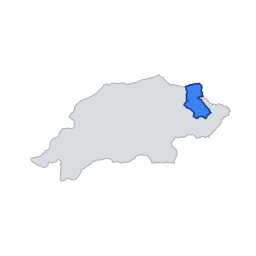 Hovd highlighted on a map of Mongolia, rotated 160°
{"feature_id": "MNG-3320", "entity_name": "Hovd", "entity_type": "Province", "adm_level": 1, "iso_a3": "MNG", "parent_name": "Mongolia", "parent_adm1": "", "projection": "mercator", "projection_center": [92.143, 46.988], "detail": "fine", "context": "in_parent", "style": "filled", "palette": "blue", "viewbox_px": 256, "rotation_deg": 160, "n_neighbors": 0, "source": "natural_earth", "source_scale": "10m", "svg_char_len": 6427}
<svg xmlns="http://www.w3.org/2000/svg" viewBox="0 0 256 256"><g transform="rotate(160 128 128)"><path d="M26.4,108.5L27.2,108.5L28.3,107.6L28.5,106.4L28.8,105.7L31.6,105.4L32.9,105.8L33.1,105.0L33.3,104.9L34.0,105.5L34.7,105.2L35.1,104.9L35.5,104.0L36.5,104.2L38.1,103.1L38.0,101.3L38.7,100.8L40.2,100.5L40.3,99.7L40.6,99.4L41.7,99.2L43.6,98.2L44.5,98.1L45.1,97.3L46.8,96.2L49.3,95.7L49.5,95.2L51.8,93.4L54.2,93.4L54.9,91.9L55.2,91.7L57.0,93.5L57.7,93.3L57.9,92.6L59.0,92.6L59.4,93.8L60.0,94.3L67.3,94.8L67.5,95.3L67.9,98.1L69.3,99.5L69.6,100.1L71.6,99.9L72.7,101.0L74.5,100.9L75.3,101.2L77.0,100.2L77.4,100.2L78.0,100.7L78.8,100.3L80.4,101.3L81.6,101.1L82.2,101.5L82.9,101.2L84.6,101.5L86.0,103.0L87.0,102.9L88.2,101.9L88.5,101.2L90.1,100.9L91.1,100.2L91.7,99.6L92.7,97.3L92.8,95.0L92.0,94.7L91.3,93.9L90.8,92.7L90.8,91.8L90.0,90.5L90.0,89.8L90.5,88.7L90.7,86.8L91.3,85.8L92.5,85.2L92.6,84.5L93.3,83.1L95.1,82.2L96.2,80.6L96.7,79.0L97.6,79.8L100.0,81.0L102.0,81.5L103.3,82.7L106.7,83.0L112.5,85.8L113.7,85.6L117.2,86.8L117.4,87.2L117.4,89.3L117.7,89.8L117.8,92.1L118.5,93.2L118.3,94.5L118.6,94.9L119.4,95.1L120.8,96.5L123.8,97.5L124.7,98.4L126.8,99.0L127.9,98.6L129.6,98.8L130.3,98.7L131.4,97.6L132.1,97.3L136.1,96.5L137.2,95.8L137.9,95.6L141.0,96.3L143.2,97.3L146.3,97.2L147.8,98.4L148.4,99.5L149.7,100.4L154.0,100.9L154.2,101.1L154.1,103.4L154.3,103.7L157.1,106.3L158.4,107.0L162.4,106.9L168.5,108.5L169.9,108.0L171.2,108.8L171.7,108.7L175.7,106.7L176.3,106.8L180.4,106.0L183.0,104.9L185.0,105.0L186.6,104.1L187.3,102.3L189.9,100.3L194.5,97.6L197.3,98.0L199.0,99.0L200.7,100.8L201.7,101.4L203.5,101.5L206.1,100.2L207.5,100.6L208.8,101.1L209.6,102.1L205.5,111.7L205.4,112.2L204.1,114.2L203.9,117.3L202.3,118.4L202.5,120.2L202.9,120.9L204.6,122.6L205.2,122.4L205.8,121.7L206.8,121.0L208.5,121.2L210.1,120.9L212.1,121.5L213.9,123.0L216.5,119.8L218.9,119.4L221.1,119.8L222.8,122.0L224.8,123.0L225.4,124.2L226.2,124.7L226.4,125.2L228.8,127.7L229.3,129.3L230.0,130.4L230.0,131.6L229.8,132.1L228.8,132.7L225.3,132.4L223.3,131.3L222.6,131.9L219.9,131.7L218.4,132.2L217.4,132.6L216.8,133.4L216.3,133.5L215.9,133.5L215.1,132.9L214.4,132.9L214.2,133.1L213.7,135.0L211.5,135.0L210.7,134.7L208.9,135.6L208.6,136.4L207.6,137.4L206.6,139.3L206.8,140.2L206.5,140.7L204.9,141.7L203.3,143.2L200.0,143.8L198.4,143.9L197.3,143.6L196.1,143.8L195.3,145.5L193.1,147.6L190.0,149.6L184.4,148.4L183.7,148.1L182.5,146.8L179.3,146.8L178.3,147.6L177.5,148.9L176.1,153.0L177.4,155.3L178.9,156.8L179.5,157.9L179.5,158.8L178.5,159.2L177.0,160.7L173.6,162.0L169.8,167.0L163.0,169.8L158.9,170.0L155.6,169.8L146.7,171.1L141.0,173.7L136.7,175.8L135.8,176.9L135.4,177.0L134.6,176.6L132.3,176.5L132.3,174.7L127.3,175.7L123.3,173.6L117.4,172.2L116.3,171.8L114.3,169.3L113.2,169.0L110.7,168.9L103.7,167.8L100.4,168.7L86.0,166.8L80.8,167.4L80.6,167.2L80.3,165.6L77.8,163.2L77.5,162.6L77.4,161.7L75.4,156.7L74.1,155.9L74.3,153.8L72.3,154.0L70.2,153.1L68.0,151.6L66.9,150.5L65.4,150.3L63.5,148.2L62.6,147.8L58.0,147.0L55.7,147.3L53.2,146.7L50.4,146.7L49.4,146.2L48.6,146.3L47.0,145.4L45.9,145.6L44.5,142.6L44.8,140.7L45.4,139.6L46.7,138.0L46.6,137.3L46.1,135.8L46.8,133.1L46.6,131.4L45.8,129.5L44.8,129.0L43.5,126.4L43.0,124.4L42.4,122.9L41.0,122.1L40.5,120.8L40.0,120.8L39.7,121.2L38.9,121.3L38.0,120.5L37.5,119.6L37.0,119.4L36.1,119.4L35.2,119.9L34.3,119.7L33.4,118.8L31.3,117.6L31.2,116.7L30.9,116.0L30.2,115.8L29.6,115.2L27.5,114.4L27.4,113.9L28.0,112.9L26.5,112.1L26.0,111.3L26.8,110.1L26.4,109.3L26.4,108.5Z" fill="#d9dde1" stroke="#a8b0b8" stroke-width="1"/><path d="M46.0,145.7L45.8,145.7L45.7,145.4L45.8,145.3L45.8,145.2L45.7,144.9L45.4,144.7L45.3,144.3L45.2,144.1L45.1,143.8L45.1,143.6L45.0,143.4L44.6,143.1L44.4,142.9L44.7,140.8L44.8,140.6L46.1,138.8L46.5,138.4L46.7,138.1L46.7,137.7L46.6,137.3L46.5,137.0L46.3,136.8L46.0,135.7L46.1,135.4L46.2,135.1L46.5,134.5L46.6,134.3L46.7,133.9L46.9,133.4L46.9,133.2L46.7,132.9L46.6,132.6L46.7,132.2L46.9,132.0L47.4,132.1L47.8,132.2L48.0,132.3L48.2,132.2L48.4,132.2L48.5,132.4L48.7,132.8L48.9,133.0L49.1,133.1L49.3,133.2L49.5,133.1L49.7,132.6L49.8,132.5L49.9,132.4L50.0,132.4L50.2,132.5L50.3,132.5L51.0,132.4L52.0,132.6L52.2,132.4L52.3,132.2L51.8,131.6L51.3,131.0L50.7,130.4L50.2,130.0L49.9,129.9L49.7,129.8L49.4,129.6L49.3,129.3L49.2,129.1L49.2,128.9L49.3,128.7L49.6,127.7L49.6,127.4L49.2,126.8L48.3,125.7L48.2,125.4L48.2,125.1L48.3,124.9L48.3,124.7L48.3,124.4L48.2,124.2L47.8,122.9L47.7,122.7L47.4,122.3L47.3,122.0L46.7,120.4L46.5,119.5L46.4,119.4L46.2,119.1L45.7,118.7L45.6,118.3L45.6,118.1L45.4,117.3L45.4,117.0L45.3,116.7L45.4,116.3L45.7,115.9L45.7,115.6L45.4,114.8L45.3,114.7L45.2,114.6L44.8,114.4L44.7,114.3L44.7,114.2L45.4,113.9L47.3,113.0L47.9,112.8L48.5,113.0L48.8,113.0L49.1,112.9L49.5,112.6L50.1,111.7L50.5,111.1L50.7,110.9L51.3,110.5L51.6,110.3L51.9,110.3L52.1,110.4L52.2,110.5L52.3,110.6L52.9,112.4L53.0,112.5L53.3,112.4L53.5,112.4L53.7,112.6L53.8,112.9L54.1,113.6L54.2,113.8L54.3,113.9L54.5,113.9L54.8,113.7L57.2,114.2L57.9,114.3L58.2,114.2L58.5,114.0L58.7,113.7L59.0,113.4L59.3,113.3L59.5,113.3L59.8,113.4L60.0,113.5L60.6,113.8L60.7,114.0L60.8,114.2L60.8,114.4L60.8,114.6L60.9,114.8L61.0,114.9L61.1,115.0L61.5,115.5L62.2,115.9L62.4,116.0L62.5,116.1L62.5,116.3L62.4,116.5L62.4,116.8L62.3,117.2L62.1,117.5L61.3,118.3L61.0,118.5L60.5,118.8L60.8,119.7L61.0,120.1L61.0,120.4L61.0,120.7L61.0,120.9L61.1,121.1L61.9,122.2L62.4,123.2L62.5,123.7L62.5,123.8L62.5,124.0L62.8,124.4L63.2,124.8L64.6,126.0L65.5,126.6L65.9,126.8L66.0,127.0L66.0,127.4L66.0,127.7L66.1,128.0L66.2,128.4L66.6,129.0L67.1,129.9L67.4,130.3L67.4,130.7L67.3,130.8L67.1,131.1L66.9,131.3L65.6,131.9L65.0,132.2L64.3,132.9L64.0,133.0L63.8,133.1L63.1,133.0L62.8,133.0L62.7,133.0L62.8,133.4L63.2,134.2L63.3,134.5L63.4,134.8L63.3,135.1L63.2,135.3L62.5,136.7L61.9,138.2L61.9,138.4L61.9,138.8L61.9,139.0L61.7,139.2L61.6,139.4L61.4,139.9L61.2,140.1L60.4,140.6L60.2,140.8L60.1,141.0L60.0,141.3L60.2,143.3L60.2,144.4L59.8,147.3L59.7,147.3L59.4,147.3L59.2,147.3L58.8,147.2L58.5,147.0L58.4,147.0L58.2,147.0L57.8,147.0L57.0,147.2L56.6,147.2L56.0,147.4L55.9,147.4L55.6,147.2L55.2,147.3L54.8,147.2L54.7,147.2L54.4,147.3L54.2,147.2L53.7,146.8L53.5,146.7L53.3,146.7L53.1,146.7L52.8,146.7L52.5,146.8L51.4,146.7L51.2,146.7L51.0,146.8L50.9,146.8L50.2,146.7L49.5,146.1L49.4,146.0L49.2,146.1L49.0,146.3L48.8,146.3L48.2,146.2L47.8,146.0L47.7,145.9L47.6,145.7L47.3,145.5L47.0,145.4L46.7,145.4L46.0,145.7Z" fill="#3b82f6" stroke="#1e3a8a" stroke-width="1.5"/></g></svg>